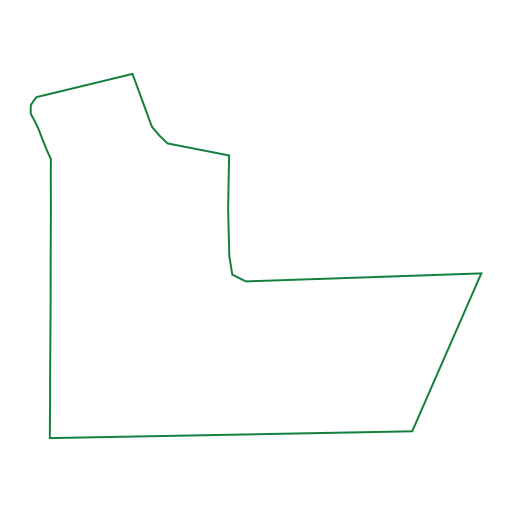 Siwa, Matruh, Egypt (Albers equal-area conic projection)
{"feature_id": "37247803B75450946768070", "entity_name": "Siwa", "entity_type": "district", "adm_level": 2, "iso_a3": "EGY", "parent_name": "Egypt", "parent_adm1": "Matruh", "projection": "albers", "projection_center": [25.471, 28.699], "detail": "fine", "context": "isolated", "style": "outline", "palette": "green", "viewbox_px": 512, "rotation_deg": 0, "n_neighbors": 0, "source": "geoboundaries", "source_scale": "gbopen_adm2", "svg_char_len": 489}
<svg xmlns="http://www.w3.org/2000/svg" viewBox="0 0 512 512"><path d="M412.2,431.3L481.3,273.4L245.9,281.4L232.3,274.7L229.3,256.0L228.1,208.8L229.1,155.5L167.5,143.4L159.2,135.4L151.8,126.5L132.5,73.9L36.5,97.1L34.2,100.1L31.2,104.5L30.8,105.5L30.7,108.9L30.7,113.4L31.1,114.5L34.5,120.6L38.0,127.9L40.9,135.2L43.7,142.5L46.0,148.3L50.9,159.2L50.8,174.1L50.9,211.9L50.7,254.3L50.6,306.5L50.1,380.1L50.1,398.5L49.8,438.1L412.2,431.3Z" fill="none" stroke="#15803d" stroke-width="2"/></svg>